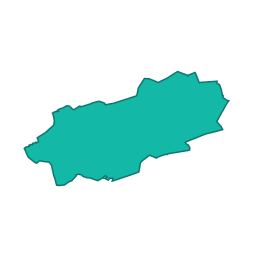 outline of Sutru pag., Livanu, Latvia, rotated 156°
{"feature_id": "27541924B27352214783038", "entity_name": "Sutru pag.", "entity_type": "district", "adm_level": 2, "iso_a3": "LVA", "parent_name": "Latvia", "parent_adm1": "Livanu", "projection": "equal_earth", "projection_center": [26.515, 56.305], "detail": "fine", "context": "isolated", "style": "filled", "palette": "teal", "viewbox_px": 256, "rotation_deg": 156, "n_neighbors": 0, "source": "geoboundaries", "source_scale": "gbopen_adm2", "svg_char_len": 4990}
<svg xmlns="http://www.w3.org/2000/svg" viewBox="0 0 256 256"><g transform="rotate(156 128 128)"><path d="M24.9,111.8L25.1,111.9L25.4,112.2L25.8,112.6L26.2,113.0L26.5,113.4L26.8,113.7L27.0,114.0L27.4,114.7L27.7,115.3L27.9,115.7L28.3,116.3L28.5,116.5L28.8,116.8L28.8,117.3L28.7,117.7L28.7,118.0L27.8,118.5L27.9,118.9L28.2,119.2L28.4,119.4L28.5,119.5L28.1,120.7L28.1,120.9L27.3,124.3L27.1,125.9L27.0,127.1L26.9,128.9L26.8,129.6L26.8,130.4L26.8,130.5L27.0,130.7L27.5,131.3L28.0,132.0L28.4,132.5L28.6,132.8L28.6,133.0L28.4,133.4L27.8,134.2L27.6,134.5L32.8,136.4L38.2,138.3L40.2,139.1L41.7,139.6L44.5,140.6L44.5,141.2L44.4,142.1L44.4,143.3L44.3,144.3L44.3,144.9L44.2,147.1L44.2,147.3L44.2,148.5L44.1,149.2L44.1,149.3L44.1,149.9L44.1,151.4L45.5,151.5L48.5,151.6L50.5,151.7L52.0,151.8L52.1,151.7L52.1,151.8L52.6,152.4L54.0,153.8L55.0,154.7L57.6,157.3L59.7,159.4L63.0,159.0L68.1,158.2L70.5,157.8L71.7,157.7L72.6,157.6L73.7,157.5L74.7,157.5L76.7,157.5L76.8,157.5L77.0,157.5L77.1,157.4L78.6,157.5L80.0,157.4L82.0,157.3L84.0,159.5L85.1,160.8L86.3,161.9L86.4,162.0L88.3,164.0L88.7,164.4L92.9,166.5L96.8,164.0L97.4,163.6L102.2,160.4L104.5,157.2L106.9,153.9L119.5,155.2L129.7,156.3L130.9,156.4L133.7,157.1L139.2,158.4L139.3,160.3L143.6,164.3L150.0,165.3L151.8,165.3L153.3,165.4L155.0,165.6L162.5,166.5L163.0,167.7L167.4,167.1L169.8,166.7L170.5,167.3L171.0,167.7L171.0,167.9L172.5,171.6L172.8,172.0L175.2,173.3L175.5,173.1L179.8,172.8L181.0,173.0L182.4,173.2L185.4,172.9L185.1,171.8L185.3,171.9L186.4,172.0L187.6,172.4L187.9,172.5L188.1,172.6L190.8,172.3L191.0,172.3L191.0,171.5L191.0,170.5L191.0,170.1L191.1,169.7L191.7,166.9L192.1,165.1L193.3,163.0L194.7,160.8L197.1,160.0L199.1,159.4L199.8,159.2L205.5,157.3L206.1,157.2L206.9,157.1L207.9,157.0L210.8,156.6L214.9,156.0L215.2,153.0L215.2,152.8L215.4,152.0L215.5,151.7L215.6,151.8L215.9,151.8L216.0,151.8L216.1,151.7L216.5,151.6L216.9,151.4L217.0,151.5L217.3,151.6L217.5,151.7L217.7,151.9L217.7,152.1L217.8,152.2L217.8,152.3L217.8,152.5L218.0,152.6L218.3,152.4L218.5,152.2L218.9,152.0L219.0,152.1L219.3,152.2L219.8,152.4L220.7,152.7L220.9,152.8L221.1,152.8L221.3,152.8L221.4,152.7L221.5,152.1L221.6,151.9L221.8,151.7L222.0,151.6L222.4,151.6L222.5,151.6L222.8,152.0L223.2,152.4L223.3,152.5L223.5,152.5L224.0,152.3L224.3,152.4L224.6,152.5L225.0,152.5L225.4,152.5L225.5,152.4L225.6,152.2L225.1,151.6L225.3,151.5L225.6,151.4L225.8,151.4L226.5,151.5L226.8,151.6L227.1,151.7L227.5,151.8L228.0,151.9L228.3,152.0L228.5,152.0L229.1,152.1L229.4,152.0L229.6,152.0L229.9,151.9L230.2,151.8L230.4,151.7L230.5,151.6L230.5,151.4L230.5,151.1L230.8,151.0L231.1,151.1L231.0,149.8L231.1,145.6L231.0,143.2L231.0,142.1L230.5,140.9L228.5,137.1L227.7,135.5L227.4,135.1L227.2,134.6L226.9,134.1L226.7,133.9L225.8,133.0L225.7,133.0L221.9,134.0L220.8,133.2L220.4,132.8L219.6,132.3L218.1,131.3L217.2,130.8L215.5,129.8L214.0,129.0L213.7,127.9L213.4,126.9L213.1,125.0L213.1,124.7L213.6,122.4L214.2,119.5L214.1,119.3L214.3,118.6L214.8,116.8L215.1,115.2L215.1,114.8L215.2,114.0L215.3,112.9L215.2,112.9L215.6,110.0L215.6,109.9L216.5,104.8L215.0,104.4L215.0,104.2L215.1,103.8L214.5,103.6L213.7,103.3L209.2,101.8L208.9,101.8L208.7,101.8L205.1,102.7L204.5,102.8L204.4,102.8L203.4,102.8L203.2,102.8L201.2,102.7L200.9,102.7L200.6,102.8L195.4,105.0L195.1,105.1L194.7,105.6L194.5,105.9L194.4,106.0L194.4,106.3L194.1,106.3L192.0,105.9L191.9,105.9L191.3,105.4L189.3,103.8L189.2,103.7L188.9,102.3L188.2,101.5L187.1,100.5L185.8,99.4L185.7,99.3L185.6,99.2L182.9,97.8L181.9,96.8L179.5,94.5L177.8,92.8L177.2,92.3L176.2,92.3L175.5,92.3L175.2,92.3L174.4,92.4L173.4,92.6L173.0,92.6L172.9,92.6L172.7,92.6L171.1,92.9L169.9,93.2L168.0,93.6L167.1,91.6L169.7,91.5L169.0,91.1L169.0,90.9L168.9,90.5L168.9,90.3L168.6,90.0L168.4,89.7L168.0,89.3L167.6,88.9L167.2,88.5L167.1,88.4L166.1,88.9L165.7,89.2L165.2,89.5L164.2,89.1L163.3,88.7L162.5,88.3L162.2,88.2L163.6,86.4L164.0,85.9L159.9,85.5L159.1,85.4L158.6,85.4L152.3,84.8L152.0,84.8L149.7,84.6L149.2,84.5L149.1,84.4L147.2,84.3L145.5,84.1L140.9,83.8L138.8,83.6L137.4,83.5L136.8,83.5L136.1,83.4L135.8,83.7L134.2,86.0L131.2,90.6L130.0,91.6L129.7,91.7L125.8,93.0L125.6,92.9L121.9,93.8L119.4,94.4L118.4,93.3L116.8,91.7L116.7,91.6L115.0,89.8L114.2,88.9L113.0,89.3L111.0,89.2L109.2,89.2L106.5,88.9L105.3,88.8L102.7,87.8L101.5,88.1L80.8,82.7L80.3,83.5L79.5,85.1L79.9,86.4L79.8,86.5L79.7,87.5L79.9,88.1L80.0,88.2L80.2,88.3L80.4,88.5L80.8,89.0L81.1,89.7L81.5,90.9L81.7,91.6L81.4,91.7L76.8,91.6L73.7,91.5L72.0,91.4L65.8,91.2L62.6,91.1L61.0,91.0L59.3,90.9L58.2,90.8L55.9,90.3L53.9,89.9L53.1,89.8L52.6,89.7L52.4,89.7L49.7,89.2L46.8,88.8L46.1,88.7L45.3,88.5L45.1,88.5L43.2,88.2L42.3,88.0L42.1,88.0L42.3,90.1L42.3,90.5L42.4,91.4L42.4,91.6L42.5,91.9L43.0,93.4L43.7,95.8L43.8,96.1L43.9,96.8L44.1,97.3L44.4,97.7L42.3,99.3L39.6,101.4L38.5,102.2L36.3,103.9L35.5,104.5L34.6,105.0L33.2,106.0L33.0,106.3L31.0,107.7L30.2,108.4L30.1,108.5L29.9,108.7L29.3,109.0L28.7,109.5L28.3,109.8L28.1,109.9L27.0,110.7L26.8,110.8L24.9,111.8Z" fill="#14b8a6" stroke="#0f766e" stroke-width="1.5"/></g></svg>